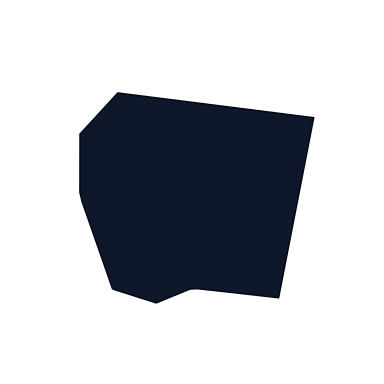 map outline of Saint George (Mercator projection), rotated 208°
{"feature_id": "BRB-1991", "entity_name": "Saint George", "entity_type": "Parish", "adm_level": 1, "iso_a3": "BRB", "parent_name": "Barbados", "parent_adm1": "", "projection": "mercator", "projection_center": [-59.543, 13.145], "detail": "fine", "context": "isolated", "style": "filled", "palette": "ink", "viewbox_px": 384, "rotation_deg": 208, "n_neighbors": 0, "source": "natural_earth", "source_scale": "10m", "svg_char_len": 310}
<svg xmlns="http://www.w3.org/2000/svg" viewBox="0 0 384 384"><g transform="rotate(208 192 192)"><path d="M216.8,69.3L284.3,131.7L290.7,138.9L318.1,190.6L304.0,244.6L119.4,314.7L65.9,139.3L141.8,109.2L148.3,105.3L171.5,77.3L214.6,69.4L216.8,69.3Z" fill="#0f172a" stroke="#020617" stroke-width="1.5"/></g></svg>